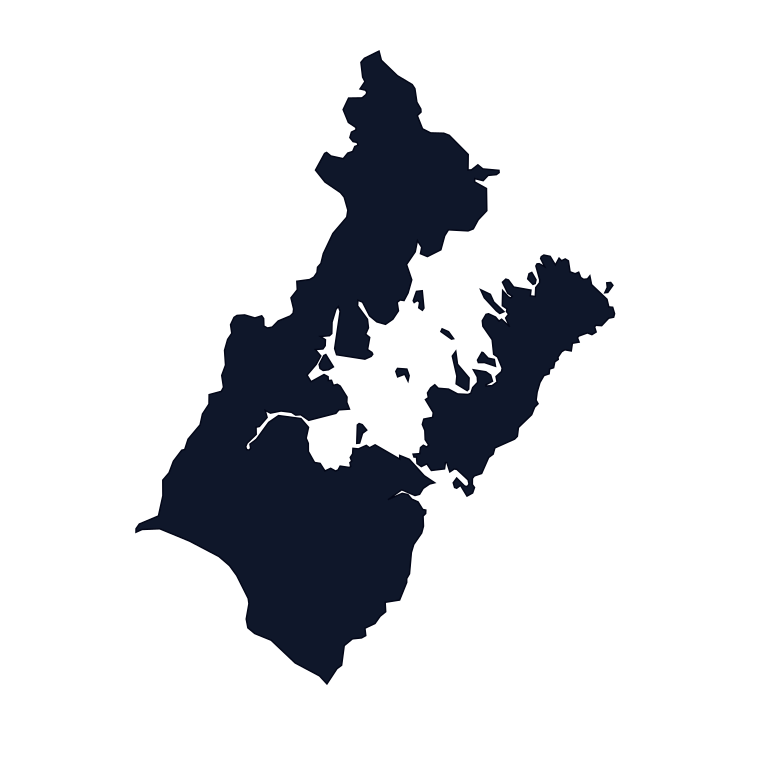 the border of Los Lagos, rotated 208°
{"feature_id": "CHL-2704", "entity_name": "Los Lagos", "entity_type": "Region", "adm_level": 1, "iso_a3": "CHL", "parent_name": "Chile", "parent_adm1": "", "projection": "robinson", "projection_center": [-73.115, -42.159], "detail": "fine", "context": "isolated", "style": "filled", "palette": "ink", "viewbox_px": 768, "rotation_deg": 208, "n_neighbors": 0, "source": "natural_earth", "source_scale": "10m", "svg_char_len": 6179}
<svg xmlns="http://www.w3.org/2000/svg" viewBox="0 0 768 768"><g transform="rotate(208 384 384)"><path d="M542.2,357.3L547.3,364.3L547.7,372.4L546.0,375.5L539.4,379.6L529.0,381.7L524.0,386.8L521.0,385.3L517.3,378.8L513.2,378.7L509.4,381.8L507.0,390.0L498.7,400.1L497.5,403.9L499.0,407.8L506.6,416.4L504.8,426.5L509.2,433.8L498.7,441.3L496.1,445.5L495.5,451.0L497.5,455.9L496.3,460.8L498.8,470.7L499.8,493.0L495.2,513.8L497.5,520.5L506.9,530.3L512.4,532.6L530.9,534.6L544.9,540.7L544.7,559.7L543.4,561.5L537.9,560.4L525.8,563.8L524.4,570.9L520.8,574.6L521.3,580.0L519.0,582.6L521.2,584.7L525.1,583.5L529.8,585.5L531.0,591.1L528.1,595.1L529.1,597.3L538.2,598.2L548.9,607.1L549.5,619.8L537.7,626.3L535.7,631.2L536.2,633.7L538.4,634.7L543.7,633.3L542.8,642.1L546.9,644.9L555.4,657.2L554.2,662.4L544.7,675.6L538.3,668.6L517.0,662.5L499.6,661.6L495.4,659.3L487.3,648.3L480.6,644.1L479.0,641.5L480.6,636.6L469.8,627.4L460.7,627.6L448.9,633.5L443.1,634.2L417.4,626.2L410.3,612.4L407.3,614.1L404.0,621.6L397.7,620.3L382.8,626.6L381.6,624.7L383.1,621.6L390.0,617.1L391.9,610.1L400.3,608.0L398.9,605.0L385.3,604.7L374.6,585.3L377.9,573.2L378.0,562.9L381.6,558.7L399.5,550.4L400.0,543.4L396.8,529.2L405.5,516.9L413.0,516.2L414.9,522.4L421.8,526.3L418.5,515.4L420.2,500.1L408.4,489.0L405.5,475.6L405.5,467.1L409.2,465.8L410.7,462.3L405.6,455.4L406.6,445.4L410.7,437.4L419.5,435.5L428.8,437.4L441.4,446.2L446.4,445.7L444.0,440.6L429.0,433.4L424.1,426.3L423.6,419.4L418.5,418.4L414.7,406.7L409.5,406.2L407.9,405.0L408.3,402.4L412.5,397.0L439.6,387.6L444.2,392.1L456.9,427.6L460.7,431.0L461.5,427.4L458.9,414.2L453.8,404.0L454.8,401.1L462.5,396.1L456.5,395.6L453.9,390.2L454.4,386.3L460.8,382.2L453.0,379.1L453.1,369.4L456.1,355.7L449.5,351.8L441.4,364.2L436.8,364.2L434.8,360.9L432.1,362.6L428.1,359.0L425.1,361.8L421.7,361.6L410.5,355.1L408.3,350.4L402.7,345.6L411.7,340.0L412.7,335.5L433.4,316.6L443.0,317.8L447.4,315.1L452.4,315.6L462.3,311.8L470.6,305.0L476.6,305.0L471.5,299.6L474.1,288.0L476.7,285.8L473.2,279.5L477.1,267.5L476.7,263.7L474.4,261.6L472.2,262.2L471.5,264.6L474.1,267.9L470.7,275.3L467.8,296.0L462.3,306.6L441.1,314.5L430.3,310.3L427.3,299.6L423.0,296.1L419.1,288.9L408.5,282.1L403.1,283.9L395.3,279.5L391.5,284.5L385.9,284.4L384.2,286.6L384.2,290.9L375.5,294.0L374.6,295.4L377.2,298.6L376.3,300.7L379.3,303.3L378.9,307.6L381.2,312.6L376.1,314.7L370.8,321.5L366.8,320.9L363.3,326.1L334.8,325.1L336.6,328.3L326.3,329.4L305.5,321.9L292.9,320.6L296.8,317.1L300.4,310.2L300.8,303.3L304.3,300.1L318.7,298.9L326.2,283.7L316.6,296.0L311.0,297.6L305.4,295.4L298.6,295.9L290.9,291.4L287.9,292.3L286.4,289.2L287.5,285.7L282.4,277.0L280.8,270.1L282.4,256.3L280.7,248.0L272.4,228.4L272.6,222.8L270.8,219.5L268.8,200.6L280.5,191.8L275.6,183.7L278.4,177.1L279.5,168.4L286.2,159.4L282.0,153.3L284.6,149.3L292.2,144.2L296.3,134.3L289.4,115.8L291.9,110.5L293.6,92.4L303.9,96.0L331.5,96.0L363.4,104.8L381.0,103.0L389.7,104.8L395.3,111.8L400.1,126.6L403.2,130.9L424.2,145.8L435.1,151.1L448.8,154.2L482.1,154.0L514.1,150.9L529.3,142.0L533.4,136.7L535.0,139.8L534.3,145.5L521.2,161.6L526.8,181.6L534.2,195.3L532.1,204.7L533.7,217.0L531.5,230.6L529.2,232.6L531.1,243.3L527.2,261.6L530.2,272.3L529.1,284.1L533.4,292.5L524.2,301.1L524.2,305.8L531.3,315.4L532.8,326.3L540.6,338.9L543.0,350.0L542.2,357.3ZM221.7,557.6L218.1,559.1L213.4,554.3L212.6,550.8L216.5,547.6L219.2,537.7L224.5,535.3L224.9,533.3L221.1,529.5L223.6,525.2L228.4,524.6L234.7,517.6L234.8,515.6L231.4,512.6L236.8,508.4L234.2,501.1L240.4,499.1L242.3,495.9L243.0,489.4L241.7,487.5L243.6,483.7L241.9,478.0L244.8,475.0L243.0,470.5L246.7,466.6L247.0,458.5L245.0,448.8L242.1,441.1L238.7,438.9L240.1,434.2L239.2,426.2L244.9,408.7L241.7,400.4L242.8,396.7L256.1,379.6L254.7,373.3L257.1,368.3L255.8,350.9L261.1,345.2L261.6,342.1L258.8,336.7L255.5,335.1L254.6,329.4L258.1,324.0L268.9,330.4L270.9,326.1L273.1,325.8L276.5,329.3L275.7,335.1L264.8,331.7L262.3,332.6L261.9,335.5L264.7,338.8L279.6,342.8L282.1,342.0L284.6,337.3L291.7,344.2L292.9,343.4L290.7,337.5L301.6,329.9L308.7,333.6L312.3,328.6L317.5,329.3L321.0,334.7L323.2,333.6L325.4,335.7L319.7,339.3L321.9,345.0L320.5,348.4L316.8,348.4L315.8,351.0L321.5,354.2L326.1,362.1L331.2,366.3L332.4,371.7L325.4,377.4L327.1,381.9L340.1,389.7L338.4,392.8L341.4,396.5L341.0,402.4L338.8,407.2L334.1,405.7L324.6,409.8L314.3,409.8L304.9,414.2L303.0,416.6L304.0,422.5L302.1,429.4L305.0,434.1L311.8,438.5L299.8,442.6L294.0,441.9L289.5,437.4L293.7,431.0L292.9,430.1L287.8,433.3L285.1,438.9L288.6,443.2L286.1,450.1L287.1,453.5L296.4,461.2L301.1,461.7L309.3,473.9L323.8,481.4L326.9,486.0L326.6,493.4L324.7,495.1L316.9,495.5L312.0,493.5L310.6,496.4L299.9,493.5L307.6,499.4L306.8,504.2L309.8,505.4L310.7,508.1L316.3,508.7L323.1,522.2L315.0,519.3L312.4,519.5L312.0,521.7L317.4,522.3L327.2,529.5L325.7,533.8L323.0,534.3L315.0,530.5L298.3,535.9L296.2,530.5L291.5,532.3L295.3,540.4L294.2,546.4L295.4,549.1L305.3,559.5L305.3,561.9L303.5,563.1L297.1,563.0L304.6,568.3L304.9,570.3L303.4,572.9L297.2,574.7L288.6,569.6L288.5,577.3L285.1,576.2L282.7,579.5L279.0,579.3L272.4,570.4L267.0,571.1L264.6,574.1L260.3,570.4L256.9,570.1L253.7,572.3L253.0,576.1L247.4,569.2L226.9,563.5L221.7,557.6ZM336.8,440.7L336.0,446.6L328.4,436.0L311.7,429.3L306.8,419.2L307.4,417.2L320.4,418.0L323.4,425.2L336.8,440.7ZM449.2,382.7L436.7,375.4L439.7,370.5L444.1,367.4L447.8,367.7L450.4,370.8L450.5,380.9L449.2,382.7ZM312.0,504.2L314.9,500.6L319.3,501.4L335.9,507.2L342.9,512.6L332.2,513.1L325.6,508.0L312.0,504.2ZM312.7,449.0L312.4,458.0L311.2,458.2L304.2,455.7L298.1,457.5L293.9,452.0L305.4,450.1L310.7,447.2L312.7,449.0ZM377.6,335.2L379.8,330.4L377.8,320.4L380.2,318.8L388.3,335.3L387.4,337.4L384.1,337.9L377.6,335.2ZM384.7,467.1L389.1,467.6L390.9,472.9L393.8,473.4L395.6,470.1L397.3,471.2L398.8,481.0L394.0,484.3L384.4,469.8L384.7,467.1ZM375.3,396.7L379.5,400.7L379.4,404.1L370.8,407.9L365.7,403.2L364.2,397.9L370.3,402.4L375.3,396.7ZM299.2,541.9L306.5,544.3L307.7,549.5L305.9,551.9L298.7,547.4L297.7,543.7L299.2,541.9ZM345.5,455.3L358.4,457.0L358.6,460.0L351.6,460.5L343.8,456.7L345.5,455.3ZM231.9,568.2L232.2,574.1L234.8,577.9L231.5,580.1L228.2,578.6L229.4,569.9L231.9,568.2Z" fill="#0f172a" stroke="#020617" stroke-width="1.5"/></g></svg>